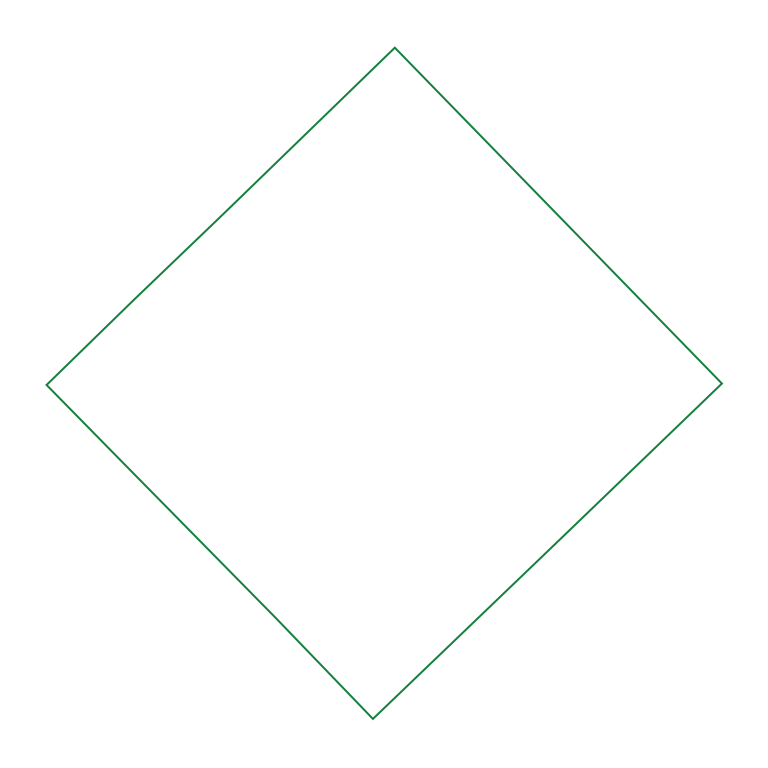 Eaton, Michigan, United States of America, rotated 136°
{"feature_id": "52423323B43164712790124", "entity_name": "Eaton", "entity_type": "district", "adm_level": 2, "iso_a3": "USA", "parent_name": "United States of America", "parent_adm1": "Michigan", "projection": "equal_earth", "projection_center": [-84.755, 42.596], "detail": "fine", "context": "isolated", "style": "outline", "palette": "green", "viewbox_px": 768, "rotation_deg": 136, "n_neighbors": 0, "source": "geoboundaries", "source_scale": "gbopen_adm2", "svg_char_len": 286}
<svg xmlns="http://www.w3.org/2000/svg" viewBox="0 0 768 768"><g transform="rotate(136 384 384)"><path d="M624.6,150.8L384.1,150.0L140.6,149.6L142.6,618.4L385.1,617.9L505.9,618.3L627.4,617.7L626.4,500.2L624.4,290.6L624.6,150.8Z" fill="none" stroke="#15803d" stroke-width="2"/></g></svg>